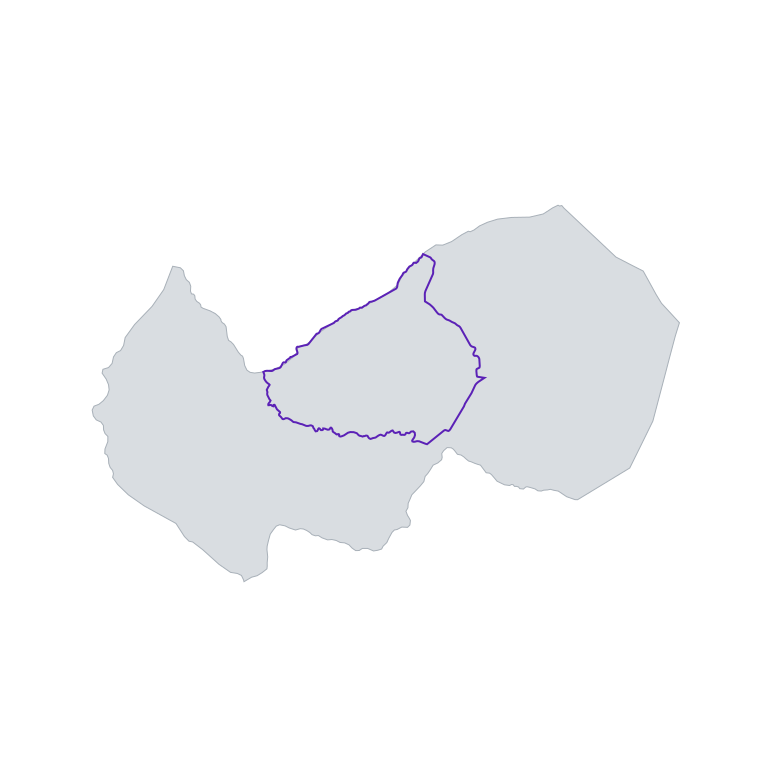 Presidente Hayes on a map of Paraguay (Mercator projection), rotated 117°
{"feature_id": "PRY-605", "entity_name": "Presidente Hayes", "entity_type": "Department", "adm_level": 1, "iso_a3": "PRY", "parent_name": "Paraguay", "parent_adm1": "", "projection": "mercator", "projection_center": [-58.464, -23.686], "detail": "fine", "context": "in_parent", "style": "outline", "palette": "violet", "viewbox_px": 768, "rotation_deg": 117, "n_neighbors": 0, "source": "natural_earth", "source_scale": "10m", "svg_char_len": 8292}
<svg xmlns="http://www.w3.org/2000/svg" viewBox="0 0 768 768"><g transform="rotate(117 384 384)"><path d="M400.3,180.1L401.6,184.5L402.3,187.9L404.2,190.3L406.1,193.5L408.0,195.3L409.3,198.4L408.9,201.8L409.7,206.2L410.6,210.0L411.6,211.0L414.3,212.1L415.6,215.5L414.7,217.3L415.0,219.3L416.0,221.3L415.1,223.2L415.6,224.7L417.4,226.0L419.1,230.8L419.3,239.1L417.4,243.5L415.9,247.2L415.5,249.4L416.7,252.7L414.8,256.5L412.5,261.2L413.1,264.4L413.5,267.4L413.7,270.7L414.2,273.7L413.5,277.0L412.7,279.8L412.3,283.1L413.3,286.7L411.6,290.2L410.6,292.6L410.3,295.1L412.0,298.9L416.3,300.6L419.7,301.0L422.9,298.9L425.3,298.3L429.9,300.2L434.0,303.4L439.3,303.8L444.0,304.4L447.6,305.4L452.9,304.2L458.3,305.4L464.8,307.3L470.0,308.9L475.3,308.5L479.3,308.3L483.4,306.5L487.4,306.7L490.4,303.4L492.1,300.6L493.6,298.5L497.9,296.9L501.0,297.9L503.4,303.2L507.7,306.3L509.4,308.5L512.6,309.5L519.6,309.7L524.0,309.5L528.9,311.2L532.1,311.2L534.9,314.0L537.5,317.5L537.9,323.8L540.4,328.7L543.6,330.5L545.3,333.6L544.7,337.9L543.2,342.2L543.4,346.9L545.1,351.2L545.1,355.5L546.2,359.8L548.5,363.5L549.2,369.4L548.8,373.7L550.4,376.2L550.9,379.7L550.0,382.6L549.6,386.5L549.8,390.0L550.9,392.9L554.3,396.6L555.3,403.2L555.3,407.7L556.8,413.1L559.6,415.5L564.1,416.4L569.4,417.2L575.8,415.9L581.5,414.5L584.7,413.1L590.9,409.1L596.4,406.9L599.2,405.4L601.8,404.4L607.3,406.9L612.4,410.0L616.3,414.3L623.7,419.0L622.3,420.2L619.3,424.1L619.4,428.7L621.5,435.2L619.6,449.1L613.9,470.4L611.6,482.8L612.6,486.4L610.5,492.6L602.7,506.0L602.4,515.1L601.5,542.3L598.8,561.5L594.4,575.8L590.4,583.4L586.8,584.3L584.2,586.6L582.6,590.2L579.7,593.2L575.4,595.7L573.1,598.3L572.7,601.2L568.6,603.1L560.8,603.9L556.1,606.2L554.8,610.0L552.2,613.0L548.3,615.2L546.4,618.9L546.6,624.1L544.4,628.5L539.7,632.2L535.4,632.3L531.5,628.8L526.2,626.5L519.6,625.3L514.1,626.2L509.7,629.1L505.8,633.7L502.3,640.1L498.5,641.1L494.4,636.9L489.1,635.6L482.7,637.3L477.6,636.7L473.8,633.9L467.9,633.5L460.1,635.7L444.2,633.2L420.2,625.9L399.9,623.1L375.0,625.7L372.9,618.2L374.2,614.1L378.2,611.0L380.8,607.5L381.8,603.6L384.6,600.6L389.1,598.6L391.1,596.5L390.4,594.4L391.3,592.6L394.0,590.9L395.4,588.4L395.8,585.0L396.8,583.2L398.5,582.0L398.7,579.6L397.8,572.2L397.9,566.1L399.1,561.4L400.6,558.6L401.7,557.9L402.7,556.2L403.1,553.3L404.7,550.7L412.7,545.3L415.7,542.3L415.9,539.6L417.1,536.0L421.8,528.2L423.3,524.5L423.4,522.7L425.1,520.8L430.8,516.5L433.9,512.4L434.4,508.6L433.0,504.3L429.7,499.4L419.6,487.3L411.7,481.8L401.7,477.3L395.0,475.8L391.8,477.4L388.6,476.2L385.3,472.1L379.8,468.9L368.2,465.3L341.8,451.3L331.2,444.5L327.6,440.3L317.7,432.8L301.6,421.9L289.1,416.7L280.5,417.0L266.6,413.8L247.6,407.2L236.5,400.9L233.6,394.7L226.5,388.5L215.4,382.3L209.6,378.2L209.2,376.3L205.9,373.7L199.7,370.6L192.9,365.2L185.5,357.6L177.6,345.8L169.2,330.0L160.2,319.3L150.5,313.7L145.7,310.1L145.7,308.3L144.3,306.6L145.6,303.5L149.1,291.5L154.2,274.1L159.4,256.1L165.6,235.0L165.7,220.0L165.7,204.3L174.5,191.3L180.7,182.2L186.1,173.4L191.6,158.5L195.3,148.6L209.2,146.2L233.0,141.1L244.8,138.5L269.7,133.1L295.0,127.6L321.6,127.2L347.3,126.9L367.2,139.2L382.4,148.6L399.2,159.0L400.3,161.3L401.5,170.0L400.3,180.1Z" fill="#d9dde1" stroke="#a8b0b8" stroke-width="1"/><path d="M256.1,409.5L255.6,409.3L254.4,408.3L253.9,408.1L250.5,408.2L250.2,400.2L250.3,399.8L250.5,399.4L251.2,398.1L251.4,397.3L251.8,395.1L252.1,394.6L252.6,394.1L253.6,393.6L254.4,393.3L258.5,392.6L260.5,391.8L262.3,390.8L263.1,390.5L263.8,390.3L282.3,389.3L284.3,388.9L285.7,388.3L291.3,385.3L291.8,385.0L291.8,384.9L292.3,379.4L292.9,377.0L293.6,374.7L296.1,369.5L296.8,367.7L296.9,366.6L296.8,366.0L296.3,364.8L296.2,364.4L296.2,364.0L297.7,359.8L298.0,358.5L298.1,357.5L297.7,354.5L297.9,351.7L297.7,348.6L297.8,347.9L298.3,345.9L298.4,345.1L298.4,343.5L298.6,342.5L299.2,341.3L310.2,324.8L310.5,324.0L310.7,323.1L310.7,322.8L310.3,320.0L310.4,319.3L310.8,318.8L311.6,318.3L312.5,318.2L315.8,318.2L316.7,318.0L317.3,317.6L317.7,316.8L317.8,316.3L317.7,315.9L316.9,314.4L316.8,314.0L316.8,313.5L316.9,312.9L317.0,312.5L317.3,311.8L317.8,311.1L318.5,310.4L324.4,306.9L325.2,306.6L326.0,306.4L326.6,306.7L327.0,307.0L327.6,307.5L328.0,307.8L328.5,308.1L328.8,308.2L329.1,308.2L330.5,307.6L334.0,305.4L334.9,304.6L335.1,304.3L334.9,303.4L332.9,297.3L339.3,300.9L341.5,301.8L342.8,302.1L343.7,302.2L352.5,301.9L364.7,302.9L367.7,302.6L394.4,304.4L395.9,304.8L396.7,305.4L397.1,308.3L397.6,309.0L398.4,309.5L418.1,318.3L418.4,319.7L419.1,326.7L419.9,328.6L421.4,330.3L422.0,331.3L422.3,332.6L421.7,333.2L420.5,333.2L418.0,332.8L415.4,333.2L413.5,334.5L412.9,336.4L414.1,338.3L414.6,338.5L415.9,338.9L416.4,339.2L416.7,339.8L417.0,341.3L417.4,341.9L417.9,342.2L419.2,342.1L419.7,342.4L420.2,342.9L420.3,343.2L420.7,344.3L421.3,345.1L421.5,345.6L421.5,346.4L421.0,347.0L420.2,347.5L419.7,348.1L419.7,348.7L421.6,350.5L422.4,351.5L422.7,352.8L421.5,355.2L422.3,356.1L424.8,357.3L425.4,358.0L425.7,359.2L426.7,359.5L428.9,359.6L430.0,360.0L430.4,360.8L430.5,361.9L430.5,363.2L430.8,364.2L431.8,365.1L432.9,365.8L435.0,366.9L435.4,367.1L435.9,367.6L437.3,369.4L437.9,369.9L438.9,370.9L439.1,371.2L439.1,372.6L439.0,372.9L438.7,373.6L438.2,374.4L437.9,374.8L437.7,375.2L437.9,376.1L438.2,376.7L439.3,377.7L439.6,378.4L440.4,379.0L440.6,379.3L440.6,379.8L441.0,381.7L441.2,382.3L441.2,382.8L441.0,383.4L440.9,384.1L440.4,385.2L440.2,385.9L440.3,386.7L440.5,388.0L440.6,388.7L440.8,389.5L442.2,392.3L443.8,394.0L447.9,396.3L449.6,397.8L450.5,398.8L450.7,399.4L450.8,400.0L450.4,400.6L449.4,401.0L449.2,401.5L449.4,402.1L449.8,402.5L450.2,402.9L450.4,403.2L450.4,403.7L450.0,405.5L449.8,407.5L449.6,408.1L448.3,409.0L448.1,409.2L447.9,409.5L447.5,409.9L447.1,410.6L446.9,411.3L447.2,411.8L447.8,411.9L448.6,411.9L449.2,412.0L450.2,413.2L450.5,414.8L450.6,416.4L451.2,418.0L452.3,417.6L453.2,418.2L453.7,419.3L453.3,420.3L453.0,420.8L452.9,421.5L453.1,422.0L453.7,422.2L455.7,422.1L456.3,422.2L457.2,423.4L456.6,424.6L455.6,425.9L455.2,426.9L454.1,428.1L453.9,428.4L453.9,428.7L453.9,429.1L453.9,429.9L454.1,430.4L454.3,430.9L455.4,432.1L455.9,432.7L456.5,433.9L456.7,434.7L457.0,438.6L457.5,440.4L458.1,444.9L458.4,445.8L459.0,447.4L458.9,448.0L458.4,450.0L458.2,452.5L458.2,453.8L458.4,454.6L458.8,455.4L459.2,456.2L460.0,456.7L460.9,457.5L461.3,458.5L460.1,461.0L459.8,462.2L459.5,463.2L458.6,463.8L457.9,463.8L457.4,463.6L456.9,463.5L456.3,463.8L456.1,464.3L455.2,467.8L452.3,471.9L452.3,472.3L452.8,472.9L453.3,472.9L453.8,472.6L454.1,472.5L454.3,473.5L454.2,474.2L454.0,474.8L454.0,475.4L454.5,476.1L455.1,476.8L455.4,477.4L455.1,477.7L454.3,478.0L453.1,477.9L451.5,477.5L450.2,477.6L449.6,479.1L446.9,482.8L446.3,483.3L445.6,483.7L444.9,484.0L444.3,484.1L443.9,484.4L442.8,485.5L442.4,485.8L440.5,485.8L438.9,485.8L437.3,485.5L436.6,485.6L436.3,486.5L436.1,488.1L435.6,489.8L434.8,491.4L434.0,492.7L433.2,493.5L432.5,493.9L430.9,494.4L430.0,494.9L429.4,495.5L428.1,497.0L426.4,495.8L425.3,494.2L423.5,490.1L422.8,489.3L421.0,488.4L420.1,487.8L417.6,484.8L416.8,484.1L415.7,483.7L411.2,483.7L410.4,483.4L410.0,482.8L409.8,482.1L409.4,481.5L408.9,481.4L407.6,481.6L407.0,481.5L403.1,479.5L402.4,479.6L401.8,478.6L396.7,475.0L395.6,475.1L394.7,475.8L393.1,477.5L392.4,478.0L391.7,478.3L391.0,478.4L390.3,478.2L390.0,477.9L389.8,477.4L389.5,476.8L385.8,472.6L384.4,470.7L383.8,470.0L382.5,469.4L369.9,466.9L369.6,466.6L369.4,466.1L369.1,465.9L368.6,465.7L368.2,465.3L367.4,465.1L364.5,465.0L363.3,464.7L352.4,456.4L350.6,455.9L350.0,455.5L348.9,454.4L348.3,454.0L348.0,454.0L346.9,454.0L345.8,453.5L343.6,452.1L342.3,451.7L340.7,450.5L338.3,449.7L337.8,449.2L337.4,448.8L337.0,448.5L336.2,448.4L335.6,448.2L334.9,447.3L333.0,446.6L332.1,445.4L330.9,443.2L330.4,442.6L328.2,440.6L326.8,440.0L326.6,439.5L326.4,438.9L326.2,438.5L325.9,438.2L324.6,437.6L323.3,436.9L322.7,436.4L322.1,435.7L321.7,435.4L320.6,435.2L319.6,434.6L318.2,434.4L317.6,434.2L317.2,433.8L316.2,432.4L314.0,430.2L293.5,416.5L292.5,416.3L291.3,416.4L288.6,417.4L287.3,417.7L283.0,417.8L278.5,417.1L276.7,417.2L276.2,417.1L275.6,416.8L274.5,415.8L273.9,415.4L273.3,415.3L271.3,415.4L267.8,414.7L265.9,413.3L264.9,412.8L262.8,412.7L262.5,412.6L261.6,410.6L261.5,410.3L261.0,410.1L260.0,409.6L259.4,409.4L258.7,409.3L256.1,409.5Z" fill="none" stroke="#5b21b6" stroke-width="2"/></g></svg>